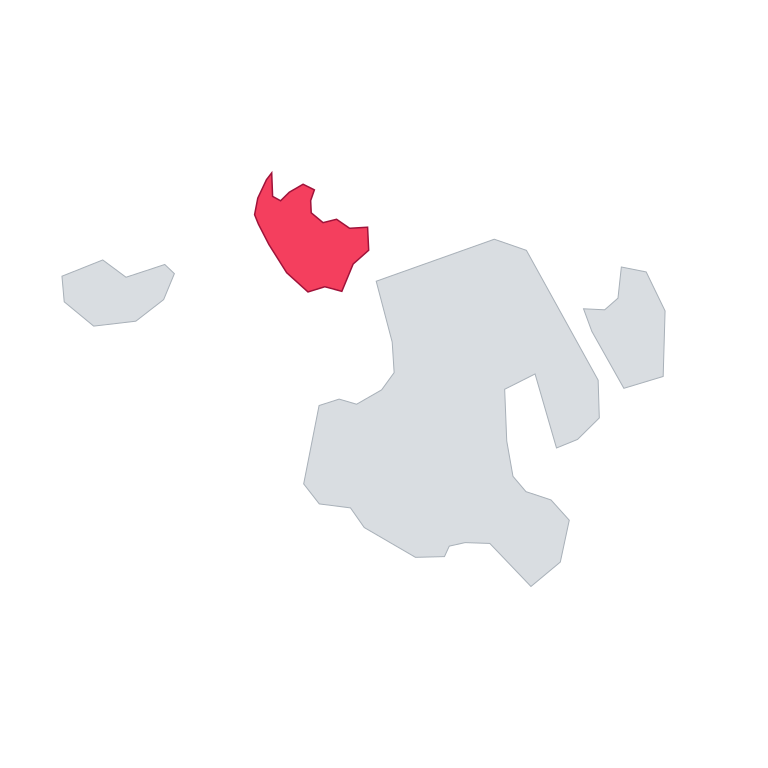 where Lemland sits in Aland, rotated 166°
{"feature_id": "ALD-4818", "entity_name": "Lemland", "entity_type": "state/province", "adm_level": 1, "iso_a3": "ALA", "parent_name": "Aland", "parent_adm1": "", "projection": "orthographic", "projection_center": [20.133, 60.033], "detail": "fine", "context": "in_parent", "style": "filled", "palette": "rose", "viewbox_px": 768, "rotation_deg": 166, "n_neighbors": 0, "source": "natural_earth", "source_scale": "10m", "svg_char_len": 1146}
<svg xmlns="http://www.w3.org/2000/svg" viewBox="0 0 768 768"><g transform="rotate(166 384 384)"><path d="M343.7,210.5L359.9,210.9L367.1,201.9L395.4,208.2L437.9,249.5L446.5,271.9L475.8,283.3L486.1,306.5L452.2,378.8L431.2,380.2L415.5,371.0L387.7,378.9L371.4,392.6L365.9,422.7L366.7,485.6L242.0,497.8L213.5,479.2L175.3,335.9L183.3,299.0L209.6,283.4L232.1,280.2L235.0,357.2L268.2,349.7L278.7,299.0L281.2,263.2L272.3,245.2L250.0,231.1L237.2,207.0L256.0,168.6L290.4,152.0L319.9,203.7L343.7,210.5ZM169.6,384.8L172.2,408.7L151.9,402.6L136.2,410.7L125.4,440.1L102.5,429.3L93.6,386.9L111.3,323.8L152.3,321.8L169.6,384.8ZM674.4,541.1L670.4,566.5L626.9,572.4L608.5,550.0L567.8,553.0L560.7,541.8L577.4,519.2L609.6,505.0L651.7,510.4L674.4,541.1Z" fill="#d9dde1" stroke="#a8b0b8" stroke-width="1"/><path d="M366.5,517.5L384.9,507.9L402.5,484.1L417.9,492.7L435.5,491.7L451.5,515.5L461.9,547.1L467.2,569.6L468.6,579.6L461.5,594.9L448.6,610.7L441.9,616.0L446.7,593.0L440.0,586.8L429.5,593.0L414.2,597.4L404.6,589.2L410.8,579.7L413.2,567.7L404.1,555.3L390.2,555.3L379.7,543.4L362.0,540.1L366.5,517.5Z" fill="#f43f5e" stroke="#9f1239" stroke-width="1.5"/></g></svg>